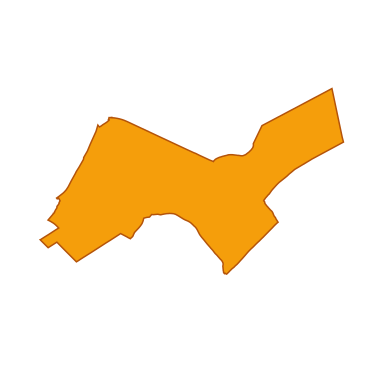 outline of Diemen, Noord-Holland, Netherlands, rotated 351°
{"feature_id": "6326949B31079897562518", "entity_name": "Diemen", "entity_type": "district", "adm_level": 2, "iso_a3": "NLD", "parent_name": "Netherlands", "parent_adm1": "Noord-Holland", "projection": "robinson", "projection_center": [4.985, 52.335], "detail": "fine", "context": "isolated", "style": "filled", "palette": "amber", "viewbox_px": 384, "rotation_deg": 351, "n_neighbors": 0, "source": "geoboundaries", "source_scale": "gbopen_adm2", "svg_char_len": 5701}
<svg xmlns="http://www.w3.org/2000/svg" viewBox="0 0 384 384"><g transform="rotate(351 192 192)"><path d="M272.3,235.3L272.1,234.9L270.7,231.6L270.6,231.3L270.5,230.9L270.4,230.4L270.4,230.2L270.2,229.9L270.0,229.7L269.9,229.6L269.6,229.1L269.4,228.6L269.1,227.6L268.5,225.0L268.1,224.0L267.7,223.3L267.1,222.6L266.5,221.8L265.8,220.7L265.5,220.2L264.9,219.4L264.7,218.9L263.6,217.3L263.4,216.9L263.2,216.5L263.0,216.1L262.8,215.8L262.5,215.2L262.2,214.6L262.1,214.4L262.1,214.2L262.3,213.7L262.2,213.1L262.1,212.9L262.0,212.6L261.6,212.1L261.4,211.9L262.3,210.7L262.8,210.4L263.0,210.2L263.2,209.9L263.7,209.4L264.8,208.5L267.4,206.3L267.8,206.2L268.0,206.0L271.1,202.8L272.0,202.1L272.2,201.8L272.3,201.8L273.4,200.9L276.6,198.3L278.2,197.1L279.8,196.0L281.8,194.9L283.2,194.1L286.7,192.1L288.4,191.1L291.0,189.3L293.1,188.1L294.6,187.2L296.2,186.2L296.6,186.0L296.9,185.8L297.6,185.5L312.6,179.5L315.7,178.2L349.4,166.4L348.9,161.1L346.4,111.7L271.5,137.4L260.1,153.9L260.0,155.3L259.9,155.8L259.6,156.3L259.7,156.5L259.5,156.8L259.4,157.1L259.1,157.5L258.9,157.8L258.6,158.1L258.2,158.5L257.9,158.8L257.4,159.3L256.9,159.7L256.6,160.0L255.8,160.5L254.6,161.4L254.1,161.7L253.3,162.1L252.6,162.5L251.8,162.9L251.6,163.1L251.2,163.3L250.9,163.4L250.4,163.6L249.8,163.7L249.4,163.8L248.6,164.0L248.2,164.1L247.7,164.1L247.3,164.1L246.9,164.0L246.5,164.0L246.1,163.9L245.9,163.8L245.0,163.5L244.3,163.3L243.6,163.1L242.6,162.9L241.7,162.6L239.9,162.1L238.5,161.7L237.8,161.5L237.2,161.4L236.5,161.3L235.5,161.1L235.1,161.1L234.6,161.0L234.2,161.0L233.9,161.0L233.3,161.0L232.8,161.1L232.3,161.2L228.5,161.5L227.5,161.6L226.9,161.7L225.7,161.9L224.7,162.0L223.8,162.2L222.7,162.5L222.4,162.6L221.7,162.8L221.1,163.0L220.4,163.3L220.0,163.5L219.8,163.7L219.3,164.0L218.8,164.4L218.6,164.5L217.9,165.3L217.0,164.7L214.4,163.2L213.7,162.7L204.9,156.8L201.7,154.5L201.0,154.1L200.7,153.9L200.4,153.8L200.1,153.6L199.8,153.4L192.9,148.8L164.2,129.4L145.9,117.0L142.5,114.7L140.9,113.6L138.5,112.0L137.5,111.4L136.4,110.7L135.5,110.2L134.2,109.5L133.3,109.1L132.0,108.5L131.0,108.1L130.0,107.7L127.9,107.0L126.6,106.6L124.3,106.1L124.4,105.8L123.7,105.7L123.6,105.9L121.7,105.5L121.0,107.4L120.8,107.4L120.8,107.5L121.4,107.6L121.5,107.9L121.1,108.2L120.5,108.6L120.2,108.8L119.6,109.2L118.9,109.6L117.5,110.3L116.8,110.6L116.3,110.8L115.6,111.1L114.6,111.5L112.8,112.5L112.0,112.8L111.8,112.9L111.2,113.1L110.9,113.3L110.2,112.5L109.5,111.2L106.7,117.1L98.9,129.0L95.1,135.2L90.4,141.0L90.2,142.0L89.7,143.1L84.4,149.7L80.9,153.7L79.5,155.7L74.5,162.1L70.7,167.3L68.2,170.1L66.0,171.9L64.4,173.0L60.1,175.4L57.3,176.8L57.8,177.7L58.8,177.4L59.3,177.2L59.7,178.4L59.7,178.5L59.8,178.6L59.9,178.9L60.2,179.6L60.3,180.0L60.2,180.2L60.0,180.5L59.9,180.6L59.4,181.2L59.2,181.5L59.0,181.8L59.0,182.0L59.0,182.3L58.9,182.4L58.9,182.5L58.6,182.8L58.3,183.3L58.2,183.4L58.0,183.6L57.3,184.2L57.0,184.4L57.0,184.5L56.9,184.6L56.7,184.9L56.5,185.1L56.4,185.2L56.3,185.3L56.2,186.0L56.1,186.4L55.9,186.6L55.8,186.9L55.6,187.2L55.2,187.5L54.9,187.8L54.4,188.4L54.1,188.8L53.9,189.1L53.4,189.8L53.0,190.6L52.9,190.6L52.9,190.8L52.8,191.0L52.6,191.1L51.9,191.4L51.8,191.5L51.7,191.5L51.7,191.8L45.4,197.2L47.3,198.6L47.7,198.9L49.0,200.0L50.4,201.2L51.7,202.6L52.8,204.0L54.7,206.7L50.5,208.5L48.3,209.5L43.6,211.6L41.2,212.6L38.4,213.8L35.7,215.0L35.1,215.3L34.6,215.4L35.2,216.3L41.2,224.5L50.7,220.4L57.7,230.2L60.7,234.3L66.9,242.9L69.4,241.9L70.4,241.4L74.5,239.6L74.4,239.6L74.5,239.5L75.0,239.4L79.6,237.4L82.7,236.1L94.0,231.1L98.7,229.0L103.7,226.9L115.0,221.9L119.3,225.1L120.4,225.9L121.0,226.4L121.7,227.0L123.8,228.5L124.3,228.1L125.4,227.4L125.7,227.2L126.1,226.9L126.4,226.7L126.6,226.5L126.8,226.2L127.2,225.6L127.4,225.2L128.8,223.1L130.0,222.1L134.0,219.0L136.0,217.2L137.6,215.5L138.6,213.9L139.2,212.8L140.2,210.4L141.2,210.2L142.3,210.1L143.5,210.0L146.1,210.1L148.7,207.9L150.0,208.3L154.7,208.6L157.0,209.5L157.6,209.6L158.1,209.6L159.0,209.5L160.7,209.4L162.0,209.4L163.5,209.4L165.3,209.6L166.2,209.6L167.2,209.8L168.2,210.0L169.8,210.4L170.8,210.7L171.3,211.0L171.8,211.2L172.5,211.6L173.1,212.1L174.9,213.5L175.9,214.4L177.5,215.8L178.1,216.3L179.0,217.1L179.9,217.8L181.0,218.6L183.3,220.0L184.6,221.0L185.1,221.4L186.0,222.3L186.4,222.8L187.5,224.2L188.8,226.0L189.6,226.9L190.1,227.7L190.6,228.6L190.8,229.1L191.2,230.0L191.5,230.9L191.9,232.2L192.6,234.3L192.9,235.2L193.4,236.2L194.3,237.9L194.5,238.3L194.7,238.6L196.1,240.9L198.9,245.8L201.3,249.6L201.4,249.8L201.5,249.9L201.6,250.2L201.7,250.4L202.4,251.4L203.4,252.9L203.6,253.3L203.9,253.9L204.7,255.4L205.1,256.1L205.4,256.6L205.8,257.1L206.2,257.6L206.6,258.2L206.9,258.6L207.2,259.1L207.4,259.5L207.8,260.1L209.6,263.0L210.4,264.0L210.7,264.5L210.9,265.1L211.2,265.9L211.4,266.5L211.5,267.1L211.5,267.5L211.5,267.8L211.5,268.1L211.2,269.0L211.1,269.3L210.9,270.1L210.8,270.6L210.8,271.1L210.8,271.8L210.7,272.6L210.7,273.2L210.6,274.1L210.6,275.0L210.7,275.3L210.7,275.6L210.7,275.8L210.6,276.5L210.8,276.9L211.0,277.2L211.3,277.7L211.8,277.4L211.9,277.6L212.3,277.8L213.1,278.5L213.8,278.3L214.7,277.6L215.5,277.1L215.7,276.9L216.0,276.7L216.5,276.3L217.5,275.5L218.3,275.0L218.9,274.5L219.7,274.0L220.6,273.5L221.3,273.1L221.8,272.8L223.2,271.7L224.5,270.9L225.0,270.6L227.2,268.9L229.0,267.4L229.9,266.7L231.2,265.7L234.2,263.2L236.3,261.4L236.9,260.9L238.6,259.5L239.4,258.9L241.2,257.6L242.0,257.0L242.9,256.5L245.1,254.9L245.9,254.3L246.7,253.7L247.4,253.2L248.4,252.5L250.3,251.2L250.7,251.0L251.6,250.3L253.4,249.0L254.4,248.3L255.3,247.7L256.6,246.7L259.7,244.4L260.4,243.9L261.7,242.9L264.3,241.0L265.8,239.9L267.7,238.4L268.8,237.6L271.1,236.0L272.3,235.3Z" fill="#f59e0b" stroke="#b45309" stroke-width="1.5"/></g></svg>